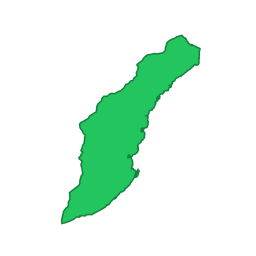 Tafunsak, Kosrae, Federated States of Micronesia (orthographic projection), rotated 160°
{"feature_id": "79324940B50347323269850", "entity_name": "Tafunsak", "entity_type": "district", "adm_level": 2, "iso_a3": "FSM", "parent_name": "Federated States of Micronesia", "parent_adm1": "Kosrae", "projection": "orthographic", "projection_center": [162.944, 5.328], "detail": "fine", "context": "isolated", "style": "filled", "palette": "green", "viewbox_px": 256, "rotation_deg": 160, "n_neighbors": 0, "source": "geoboundaries", "source_scale": "gbopen_adm2", "svg_char_len": 5704}
<svg xmlns="http://www.w3.org/2000/svg" viewBox="0 0 256 256"><g transform="rotate(160 128 128)"><path d="M222.8,60.9L221.6,60.9L221.3,60.8L219.3,60.4L217.1,60.5L216.8,60.4L214.4,60.4L213.3,60.4L212.1,60.7L210.8,60.7L209.4,61.1L208.3,61.5L206.8,61.8L205.8,61.8L204.9,61.0L203.9,60.9L203.5,61.0L203.4,61.6L203.3,61.8L202.3,61.4L199.9,60.9L198.7,60.1L198.1,60.1L197.8,60.4L197.5,60.6L196.9,60.5L196.6,60.6L195.4,60.2L194.4,60.1L192.0,59.0L179.9,60.8L178.6,61.0L176.2,61.6L174.4,62.6L175.2,63.3L174.1,63.0L173.8,62.5L173.2,62.5L172.3,62.9L171.8,63.0L171.4,62.9L170.8,63.6L169.9,64.3L169.3,64.6L169.0,64.6L168.2,65.2L165.0,66.8L163.8,67.1L163.9,66.9L164.9,66.3L165.0,66.0L164.9,66.0L164.5,66.0L163.3,66.4L162.8,66.7L161.6,67.7L160.4,68.3L159.7,68.5L157.3,70.1L156.8,70.3L156.3,70.3L156.0,70.1L155.0,70.0L152.7,70.6L152.3,70.8L151.3,71.8L151.1,72.3L150.5,72.3L150.2,72.2L149.9,72.4L148.9,72.6L147.1,73.6L146.7,73.7L145.8,74.2L145.0,74.8L144.0,76.0L143.5,76.1L142.7,76.6L140.3,78.4L139.4,79.0L139.0,79.5L137.1,79.1L136.4,79.1L135.0,79.9L134.4,81.3L134.5,81.7L134.2,81.8L133.9,81.7L132.9,82.8L132.1,84.2L132.4,84.3L133.6,83.3L133.8,83.5L133.2,85.2L134.4,84.2L136.4,81.3L137.2,80.5L137.8,80.7L136.2,83.0L135.4,84.5L135.6,85.2L135.9,85.9L136.6,86.3L136.7,86.6L137.1,88.0L137.5,88.3L138.5,88.2L138.7,88.5L138.7,88.8L138.0,89.4L137.2,90.7L136.6,91.3L136.3,91.4L136.1,91.6L136.0,92.2L135.3,94.5L135.0,96.0L135.0,96.4L135.3,97.2L135.2,98.2L135.5,99.2L135.7,99.4L135.8,99.7L136.1,100.0L136.5,100.1L137.7,99.8L138.3,99.9L138.3,100.3L137.3,101.3L137.3,101.9L137.1,102.4L136.8,102.5L136.4,102.5L136.2,101.8L135.7,101.1L134.6,100.0L133.8,100.0L133.2,100.8L132.8,101.0L130.9,101.1L130.6,100.9L129.2,101.5L128.5,101.5L127.9,101.8L127.2,102.4L126.1,103.5L125.3,105.0L125.3,105.4L125.5,105.6L125.7,106.0L125.5,106.3L125.1,106.5L124.8,106.8L125.0,108.1L124.7,108.5L123.0,109.6L121.4,109.9L120.7,110.2L120.4,110.5L120.3,110.8L120.0,111.3L119.0,112.1L118.8,112.1L118.7,111.6L118.4,111.6L118.2,111.7L117.7,112.4L117.3,112.5L116.5,112.9L115.5,113.8L115.5,114.7L115.1,115.2L115.0,115.7L114.9,116.0L114.1,116.7L114.0,118.2L114.8,119.8L115.2,119.9L115.7,119.6L116.2,119.6L116.7,120.0L116.8,120.6L116.4,121.3L115.9,121.3L115.8,121.1L115.7,121.0L115.2,121.0L115.3,121.8L115.9,121.8L116.0,122.4L115.7,122.8L114.8,123.1L114.2,123.1L114.1,122.5L114.5,122.1L114.2,121.5L114.3,120.7L113.2,121.8L111.8,122.4L111.3,122.4L110.5,121.9L109.6,122.4L108.8,123.6L108.0,124.5L108.0,125.3L108.1,125.6L108.1,125.9L108.0,126.0L107.2,126.0L106.8,126.5L106.8,127.8L106.9,128.1L106.9,128.4L106.1,130.5L105.5,131.1L105.4,131.5L105.4,131.8L105.5,132.4L106.1,132.9L106.5,132.9L106.8,133.2L105.9,133.2L105.3,133.5L104.7,133.5L103.7,134.3L103.0,135.3L102.6,136.3L102.4,136.7L101.5,136.9L99.9,136.9L99.1,136.7L99.0,136.8L99.3,137.1L99.1,137.4L98.1,137.6L97.3,137.9L96.5,138.4L95.9,139.0L95.8,139.6L95.7,139.8L95.3,139.8L93.5,141.4L93.5,142.0L93.7,142.4L93.7,142.9L93.5,143.3L93.2,143.3L93.2,143.1L92.9,143.0L92.6,143.2L91.6,143.2L91.3,143.4L91.1,143.7L91.2,145.1L91.0,145.6L90.4,146.4L89.1,147.4L88.8,147.4L88.8,147.1L89.5,146.2L89.5,145.3L89.9,145.1L90.4,145.0L90.6,145.1L90.8,144.7L90.5,144.0L87.9,145.3L87.6,145.8L87.3,146.8L87.5,147.5L86.7,148.5L86.2,148.6L85.8,148.5L85.4,148.6L84.8,148.5L84.3,148.1L84.0,148.1L82.8,148.8L82.0,149.1L81.9,149.8L81.8,150.1L81.4,150.1L81.1,150.0L80.3,150.4L79.1,149.8L78.7,149.9L78.4,149.7L77.2,149.7L76.8,150.2L76.8,150.5L76.0,151.4L75.6,151.7L74.7,151.8L74.4,152.6L74.7,154.0L74.4,154.6L74.5,153.7L74.4,153.4L74.1,152.6L74.0,151.9L73.8,151.7L73.1,152.2L72.8,152.8L72.4,153.5L72.4,153.8L72.1,154.4L71.8,154.5L71.3,154.4L70.8,155.0L70.7,155.3L70.8,155.9L70.7,156.0L69.9,156.3L68.8,156.2L68.1,156.4L67.4,156.9L66.7,157.8L65.6,158.3L64.2,158.3L63.6,158.6L62.5,158.6L61.5,158.9L60.6,158.8L60.4,158.5L59.6,159.1L58.8,159.2L58.2,159.5L57.4,159.5L56.5,160.1L54.8,160.6L54.4,160.7L51.6,161.7L50.4,161.9L48.9,162.3L48.2,162.8L45.9,163.5L44.0,164.8L43.7,164.8L43.3,164.6L42.5,163.7L42.1,163.7L41.6,163.4L40.5,163.5L39.4,164.2L38.4,166.7L38.1,168.1L37.7,168.8L37.2,168.8L37.2,169.6L36.9,170.5L36.6,171.1L36.3,171.5L35.7,172.8L35.3,174.6L34.8,175.5L33.3,177.5L33.2,177.8L33.6,178.4L34.1,178.9L34.2,179.1L34.5,179.4L34.7,179.5L35.6,180.3L36.2,181.3L36.6,181.5L37.1,182.0L37.7,182.4L38.3,183.0L39.2,184.3L39.9,184.5L40.0,184.0L40.3,184.0L40.3,184.9L40.7,185.0L41.9,186.4L42.0,186.6L42.4,186.9L42.1,187.3L42.1,187.7L42.2,188.1L43.0,189.6L43.0,192.1L43.9,193.4L44.4,193.5L44.6,194.1L45.0,195.0L45.3,195.8L45.6,196.1L45.7,196.7L51.4,197.0L52.8,196.4L56.7,196.4L60.4,195.7L62.3,194.7L65.6,190.1L66.3,188.0L70.4,186.6L71.4,187.1L74.9,187.5L77.9,189.0L80.4,189.1L83.5,189.9L85.2,190.0L89.6,188.3L91.1,186.7L97.7,184.7L98.1,183.7L97.4,182.8L97.3,182.5L98.4,180.1L101.4,176.7L101.7,174.1L103.1,173.7L105.8,172.6L106.8,171.0L109.6,171.3L111.4,170.1L113.2,169.5L115.4,169.6L117.8,167.2L120.3,166.3L121.5,165.6L124.5,165.6L128.9,164.8L131.3,166.1L133.2,166.3L136.6,164.9L139.9,166.1L142.5,164.6L143.6,162.7L148.3,160.7L149.9,158.9L152.2,154.1L160.0,152.5L161.8,150.7L167.2,149.6L170.7,149.2L172.3,148.1L172.2,147.7L172.8,145.8L172.9,143.7L171.9,141.0L171.8,138.2L170.8,136.3L170.8,135.2L171.7,134.5L172.6,132.8L172.8,131.5L174.0,130.0L174.4,128.5L175.8,127.9L176.8,126.7L178.5,124.3L179.9,123.0L179.6,121.6L178.8,121.1L179.0,120.4L180.5,119.4L181.5,119.0L181.7,117.8L182.4,117.7L183.6,117.2L183.8,117.0L184.2,117.1L184.4,115.4L183.1,113.6L182.7,112.2L182.7,111.9L184.8,109.6L185.2,104.9L186.3,100.1L188.4,99.0L189.4,97.6L191.5,94.5L192.1,92.5L193.7,90.9L205.1,87.3L205.8,84.7L206.7,81.2L209.5,78.6L210.4,75.9L211.9,74.2L212.6,74.2L213.9,73.8L217.0,71.7L222.1,63.8L222.4,61.9L222.8,60.9Z" fill="#22c55e" stroke="#15803d" stroke-width="1.5"/></g></svg>